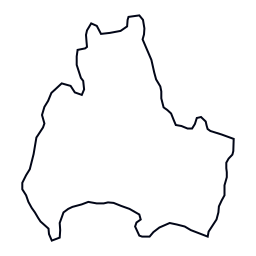 the district of Gyeongju-si, North Gyeongsang, South Korea
{"feature_id": "91817680B5353031397212", "entity_name": "Gyeongju-si", "entity_type": "district", "adm_level": 2, "iso_a3": "KOR", "parent_name": "South Korea", "parent_adm1": "North Gyeongsang", "projection": "equal_earth", "projection_center": [129.238, 35.854], "detail": "fine", "context": "isolated", "style": "outline", "palette": "ink", "viewbox_px": 256, "rotation_deg": 0, "n_neighbors": 0, "source": "geoboundaries", "source_scale": "gbopen_adm2", "svg_char_len": 1446}
<svg xmlns="http://www.w3.org/2000/svg" viewBox="0 0 256 256"><path d="M91.2,23.4L87.0,30.4L86.0,34.9L86.5,41.4L87.0,46.9L85.1,48.4L77.6,49.9L76.7,56.4L76.7,64.9L80.9,77.9L83.2,80.9L84.1,89.4L81.8,94.9L74.8,92.4L70.6,85.9L61.7,83.4L51.4,92.9L48.1,100.9L44.4,106.9L42.0,115.0L44.4,123.5L43.0,127.5L37.7,135.6L36.4,137.5L33.6,154.1L29.8,169.2L26.1,175.2L22.3,182.8L22.3,189.3L26.1,195.3L28.4,201.9L31.7,207.9L34.9,212.4L38.2,218.0L40.5,221.5L48.5,228.6L49.0,234.1L51.8,240.6L59.7,237.6L60.2,230.1L59.7,223.0L63.5,212.4L68.2,208.9L72.4,206.9L81.7,204.4L88.3,201.9L96.7,203.4L103.7,203.4L108.0,202.4L113.6,202.9L121.1,205.9L129.5,208.9L139.3,214.5L140.7,219.5L136.5,222.5L135.1,226.5L139.3,235.6L142.1,236.6L149.6,236.6L153.4,232.1L159.4,227.5L169.7,223.0L176.8,224.5L184.7,226.5L190.8,230.1L207.7,236.6L208.6,231.6L216.5,219.5L218.4,212.4L218.9,206.4L221.7,200.4L224.5,195.3L224.5,189.3L224.5,185.3L226.8,177.2L226.8,172.2L226.3,168.2L226.3,162.7L228.6,158.6L232.4,154.6L233.3,151.1L233.7,138.9L221.6,134.5L210.4,131.0L207.6,129.0L206.6,125.5L205.7,121.5L201.0,117.0L196.8,118.0L194.9,124.0L192.1,128.5L187.5,128.5L181.4,126.0L175.8,125.0L173.9,120.5L171.1,113.5L167.3,110.0L163.6,107.4L161.3,98.4L161.3,91.4L160.3,86.4L156.1,79.4L154.2,72.4L151.4,59.9L142.6,39.4L144.0,34.4L144.4,28.4L143.0,19.9L139.3,15.4L128.5,16.9L127.6,19.9L127.1,26.4L120.6,30.9L109.9,32.9L101.0,33.9L96.8,25.9L91.2,23.4Z" fill="none" stroke="#020617" stroke-width="2"/></svg>